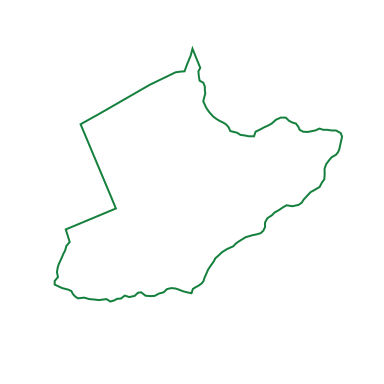 Santa Inês, Bahia, Brazil (orthographic projection), rotated 108°
{"feature_id": "56859067B23396017870292", "entity_name": "Santa Inês", "entity_type": "district", "adm_level": 2, "iso_a3": "BRA", "parent_name": "Brazil", "parent_adm1": "Bahia", "projection": "orthographic", "projection_center": [-39.849, -13.276], "detail": "fine", "context": "isolated", "style": "outline", "palette": "green", "viewbox_px": 384, "rotation_deg": 108, "n_neighbors": 0, "source": "geoboundaries", "source_scale": "gbopen_adm2", "svg_char_len": 1964}
<svg xmlns="http://www.w3.org/2000/svg" viewBox="0 0 384 384"><g transform="rotate(108 192 192)"><path d="M109.4,65.5L106.2,65.1L92.9,66.4L90.0,68.8L89.0,74.1L90.4,78.4L91.1,82.8L92.3,86.5L92.3,90.4L95.3,93.7L97.5,97.6L99.1,100.4L100.3,104.8L99.6,108.8L97.1,111.0L94.8,114.3L94.9,118.1L94.3,121.7L92.3,125.8L93.8,130.6L97.5,134.6L102.2,137.3L105.0,139.9L108.4,143.6L111.4,146.4L114.9,150.1L119.9,150.3L121.5,155.5L121.9,159.1L122.7,163.7L121.7,167.3L122.2,174.4L119.2,177.1L117.2,180.4L116.4,183.5L115.9,187.3L115.1,190.8L113.8,195.0L110.7,200.3L107.7,204.3L105.0,206.8L102.3,209.3L98.5,209.6L94.2,209.8L91.0,211.3L87.7,212.4L84.5,215.1L83.8,219.1L80.2,221.1L75.3,223.2L71.4,222.5L55.6,235.8L62.9,235.4L71.5,236.1L79.5,236.4L81.0,240.0L83.3,244.7L103.2,265.4L149.0,306.8L151.7,309.4L162.0,318.9L223.2,266.1L231.2,259.3L266.6,300.5L277.3,292.9L282.2,294.8L287.0,294.6L291.0,295.3L294.2,295.5L301.7,296.4L305.1,296.4L309.9,295.7L314.3,293.2L319.1,295.1L322.5,294.0L323.5,285.9L323.1,279.5L323.5,276.1L325.8,273.8L327.5,270.8L328.4,267.7L325.8,261.9L325.6,256.8L324.3,250.9L323.5,246.9L322.0,243.9L320.3,240.2L321.4,235.8L319.0,232.3L316.7,230.2L315.4,226.8L311.3,223.9L311.3,219.2L308.6,214.5L304.6,212.3L303.1,209.5L305.0,204.1L303.9,199.5L302.4,195.5L298.6,191.8L296.2,188.0L292.1,185.8L289.8,182.0L288.9,178.1L288.9,174.2L289.2,170.1L288.9,165.3L288.4,161.2L283.9,161.2L281.2,158.9L278.9,156.7L275.9,154.5L273.0,153.5L269.5,153.6L265.2,153.1L260.8,152.7L255.8,151.3L251.9,150.0L247.8,149.3L244.1,147.1L240.2,145.0L235.6,141.2L230.8,135.9L227.5,134.4L224.4,132.1L218.4,127.0L214.5,121.3L212.1,117.1L209.9,113.9L206.7,112.2L202.8,111.7L198.5,113.1L193.6,112.2L189.4,108.8L185.9,107.1L182.8,104.1L178.4,100.7L175.4,97.9L174.5,92.1L171.4,86.8L168.4,84.4L164.8,83.5L159.6,81.1L155.5,79.2L152.1,76.0L147.8,72.2L142.7,71.3L139.1,70.1L134.2,71.3L128.9,73.1L124.0,73.0L119.7,71.5L115.8,70.0L112.3,66.7L109.4,65.5Z" fill="none" stroke="#15803d" stroke-width="2"/></g></svg>